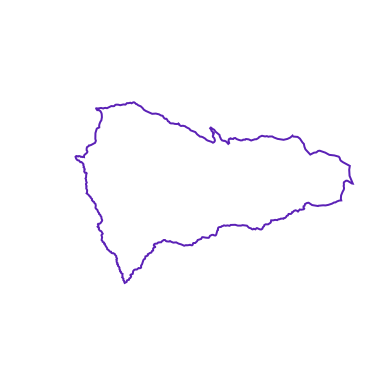 Bolivar, Carchi, Ecuador (Equal Earth projection), rotated 305°
{"feature_id": "8360857B4480682421183", "entity_name": "Bolivar", "entity_type": "district", "adm_level": 2, "iso_a3": "ECU", "parent_name": "Ecuador", "parent_adm1": "Carchi", "projection": "equal_earth", "projection_center": [-77.936, 0.473], "detail": "fine", "context": "isolated", "style": "outline", "palette": "violet", "viewbox_px": 384, "rotation_deg": 305, "n_neighbors": 0, "source": "geoboundaries", "source_scale": "gbopen_adm2", "svg_char_len": 6013}
<svg xmlns="http://www.w3.org/2000/svg" viewBox="0 0 384 384"><g transform="rotate(305 192 192)"><path d="M295.8,242.0L293.0,241.3L290.2,239.7L287.3,237.1L284.6,231.6L283.7,228.0L283.5,225.8L282.1,223.8L281.1,222.9L280.7,221.3L279.4,220.0L278.2,217.1L275.6,215.5L274.5,215.5L272.2,214.5L271.2,213.2L268.1,210.9L267.6,208.2L266.4,205.9L265.8,205.5L265.3,205.5L264.2,203.9L263.4,203.7L262.3,202.5L261.6,200.7L261.0,198.4L261.0,196.4L260.1,195.5L259.2,195.4L258.3,194.1L258.1,192.9L257.4,192.8L257.1,192.1L256.2,192.0L254.9,192.6L253.4,194.4L252.2,194.1L252.9,191.3L252.7,189.4L252.2,188.9L251.5,187.0L252.1,185.0L252.9,184.0L253.1,183.3L254.5,181.8L254.9,176.8L255.7,174.5L255.5,172.6L255.6,170.5L254.6,170.3L254.1,171.8L253.3,172.9L253.1,174.5L252.5,175.1L252.9,175.6L252.9,176.0L252.2,176.5L251.3,176.3L250.5,176.9L249.8,176.9L249.2,177.6L248.9,179.3L247.7,180.9L247.0,181.4L245.6,181.5L244.4,180.9L244.3,179.2L243.1,175.2L243.0,173.6L243.3,172.4L243.1,169.4L242.6,167.7L242.0,166.9L242.2,163.1L243.0,160.4L241.7,155.4L242.3,153.5L241.8,150.1L241.9,148.7L241.1,146.6L240.0,145.4L239.7,144.8L239.7,142.9L240.2,142.5L240.3,141.7L239.8,141.7L239.6,141.2L239.1,140.8L237.9,138.8L237.4,137.3L236.1,135.4L235.9,134.0L236.4,133.1L236.2,131.7L237.2,129.7L237.2,128.8L236.6,128.2L236.5,127.2L236.8,126.0L237.5,124.6L237.5,124.0L236.9,122.7L236.7,120.4L235.5,117.4L233.2,114.5L231.9,107.6L231.8,105.3L232.4,103.5L232.8,100.9L232.2,98.2L232.3,96.3L232.0,95.7L232.3,94.1L232.2,93.0L231.6,92.4L230.0,91.6L229.7,90.2L228.5,89.2L227.4,87.7L225.5,87.4L224.3,85.5L221.9,83.4L221.2,81.5L220.0,79.7L219.3,79.2L217.8,79.0L217.1,78.3L216.1,76.6L211.9,74.3L211.3,72.9L210.4,71.9L209.5,71.4L208.7,69.3L206.4,67.0L205.3,64.9L205.3,66.1L204.7,67.4L205.6,68.7L205.7,70.5L205.0,72.1L204.1,73.3L201.6,75.3L198.5,76.7L197.4,76.6L195.0,77.1L193.4,77.7L191.7,79.0L189.7,77.8L189.1,77.7L184.9,79.1L180.0,82.4L178.8,83.9L176.7,84.4L172.7,82.4L171.7,81.7L171.1,80.9L170.3,81.0L168.6,80.3L167.5,80.6L165.8,81.7L165.4,82.7L164.9,83.3L163.6,83.4L160.7,82.6L159.4,82.9L158.8,83.4L158.7,82.9L158.0,82.6L157.7,81.5L157.1,81.0L157.0,79.5L156.3,78.5L155.7,78.3L155.6,77.6L155.1,76.6L154.0,76.4L152.9,77.9L152.4,79.5L152.5,80.3L153.0,81.3L152.4,83.4L153.1,84.2L153.0,85.5L152.5,87.2L151.7,87.5L150.7,89.0L150.1,89.0L149.8,90.0L149.1,91.1L148.3,91.1L147.7,91.8L146.9,92.0L146.4,93.3L147.1,94.4L146.9,95.0L145.5,95.4L143.1,96.9L142.0,97.0L141.4,98.1L140.3,98.9L139.3,100.4L137.8,100.5L137.1,101.1L136.4,102.3L135.5,102.4L135.1,103.0L134.3,103.3L133.4,105.0L131.2,106.4L130.5,106.4L130.3,109.0L129.8,110.5L129.9,111.5L129.3,112.0L128.9,114.2L128.0,114.6L127.5,116.3L127.7,117.3L127.0,118.4L126.9,119.7L125.8,120.9L123.7,122.0L123.3,122.8L123.0,124.9L121.9,126.3L121.4,128.0L120.7,128.5L120.7,129.9L120.0,130.7L119.8,131.8L118.3,133.2L117.4,134.6L116.5,134.9L114.0,134.9L112.9,134.4L112.1,133.4L111.6,133.4L110.6,134.8L109.4,134.6L109.2,135.3L109.4,135.9L109.2,136.5L108.0,137.1L107.5,138.6L107.8,139.7L107.7,140.5L106.6,142.8L104.7,142.6L103.4,144.3L100.8,145.5L100.5,146.7L99.9,147.4L100.1,148.9L99.3,149.6L99.6,150.0L99.5,150.4L98.6,151.5L97.3,154.7L96.5,155.4L96.6,157.0L96.1,158.8L96.6,159.9L96.0,160.6L96.0,161.2L96.1,161.8L96.7,162.5L96.9,164.3L96.4,165.0L96.1,166.6L94.9,167.6L94.7,168.4L94.3,168.9L93.1,168.9L92.7,169.7L91.8,170.1L91.3,170.7L91.0,171.8L90.1,171.9L89.9,172.4L90.0,173.1L89.0,173.8L88.9,175.0L88.3,176.1L87.1,176.9L86.7,178.0L85.9,178.4L85.8,179.6L85.3,179.8L85.0,180.7L85.1,182.1L84.0,182.6L82.8,183.7L82.1,183.7L81.7,185.5L80.4,186.3L80.2,187.5L79.6,187.9L78.9,189.0L80.8,190.0L82.4,189.5L84.0,190.7L85.1,190.2L86.1,190.7L87.7,190.7L88.1,190.4L88.6,189.2L89.1,189.2L91.0,190.4L93.4,189.2L94.9,189.3L95.9,189.9L96.9,191.3L99.1,191.9L99.6,193.0L100.5,193.6L101.0,193.6L102.5,192.5L104.2,192.5L108.1,191.3L109.1,191.2L110.4,191.8L112.5,190.8L114.3,192.1L115.0,192.1L115.6,191.5L116.0,191.6L116.9,192.2L117.6,192.3L119.1,193.4L120.7,193.1L121.8,193.7L123.4,192.6L124.3,192.6L125.7,193.4L126.1,193.1L126.2,191.8L126.5,191.2L127.4,191.0L128.4,191.4L129.8,193.0L131.3,193.3L133.2,195.6L134.2,195.6L136.5,196.4L137.2,197.5L136.9,198.7L137.1,199.7L138.3,201.7L139.2,202.1L139.3,203.5L139.8,205.7L141.7,208.0L142.0,210.6L142.9,213.2L143.5,216.4L145.1,217.6L145.3,218.3L147.0,220.2L147.6,220.6L147.9,221.8L148.4,222.6L149.2,222.8L150.6,222.3L151.2,222.6L152.1,223.9L154.6,224.4L155.9,224.2L158.8,226.4L160.6,226.2L161.2,226.7L162.7,229.9L164.0,231.9L164.5,232.1L166.5,231.9L168.4,233.0L169.1,234.0L169.2,235.1L169.9,236.2L170.9,236.3L175.1,234.8L175.7,235.1L177.0,234.2L177.9,234.0L178.8,234.4L180.0,235.8L180.9,235.9L181.6,236.6L183.0,237.3L183.7,239.0L184.9,240.1L185.9,242.2L187.2,242.6L189.9,246.2L190.8,248.9L192.6,251.4L193.9,252.5L195.9,256.3L195.4,259.1L196.1,261.4L195.9,262.2L196.2,263.2L197.3,263.7L197.8,265.4L199.3,265.6L199.7,265.9L200.3,268.9L200.9,270.1L202.2,270.7L203.8,270.3L205.4,270.6L206.4,270.2L207.7,270.8L209.2,272.9L211.7,273.9L212.4,273.9L214.2,273.1L215.5,274.9L216.8,276.0L217.9,278.0L219.1,278.4L220.0,279.4L221.2,280.1L221.7,280.9L222.3,281.5L222.6,282.3L223.4,282.3L224.0,283.0L225.2,283.4L226.8,283.3L227.8,284.0L229.4,283.7L230.8,285.6L232.1,285.9L232.9,285.6L233.3,286.1L235.1,286.4L236.4,287.3L236.9,289.0L236.8,290.0L239.5,290.3L240.0,291.5L241.9,293.4L242.7,293.5L243.5,292.0L244.3,291.6L245.3,292.1L247.0,291.5L249.0,292.5L250.1,293.7L250.2,297.9L252.8,303.3L253.3,303.5L256.3,307.0L257.6,309.1L259.7,311.1L262.8,313.4L264.9,314.4L265.8,315.5L267.3,316.1L269.4,317.5L270.7,319.1L271.9,317.8L274.7,316.1L278.8,315.2L280.9,315.0L282.1,314.5L283.2,313.6L283.9,312.7L284.8,312.5L286.5,311.1L287.4,310.9L289.7,311.8L290.4,313.0L290.7,318.1L291.1,318.9L295.6,311.8L300.4,308.0L303.9,306.3L303.0,298.7L303.0,296.0L303.3,295.1L304.8,293.1L305.1,291.9L303.6,287.6L301.2,283.2L300.7,278.6L299.1,273.0L298.0,271.8L295.7,271.1L294.2,269.4L290.5,267.4L292.0,260.5L293.5,258.2L295.6,256.0L295.9,254.2L297.6,249.8L297.7,246.9L295.6,243.3L295.5,242.5L295.8,242.0Z" fill="none" stroke="#5b21b6" stroke-width="2"/></g></svg>